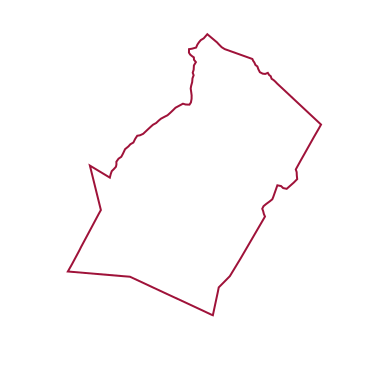 the district of Rio do Antônio, Bahia, Brazil, rotated 40°
{"feature_id": "56859067B81467774065144", "entity_name": "Rio do Antônio", "entity_type": "district", "adm_level": 2, "iso_a3": "BRA", "parent_name": "Brazil", "parent_adm1": "Bahia", "projection": "equal_earth", "projection_center": [-42.128, -14.325], "detail": "fine", "context": "isolated", "style": "outline", "palette": "rose", "viewbox_px": 384, "rotation_deg": 40, "n_neighbors": 0, "source": "geoboundaries", "source_scale": "gbopen_adm2", "svg_char_len": 1640}
<svg xmlns="http://www.w3.org/2000/svg" viewBox="0 0 384 384"><g transform="rotate(40 192 192)"><path d="M247.5,57.4L187.6,54.2L185.0,53.9L182.5,53.8L180.2,54.1L177.9,52.7L175.9,52.8L173.5,52.0L172.2,54.5L170.1,55.9L167.0,56.6L163.9,55.3L161.4,53.8L158.9,53.9L156.5,52.7L154.6,52.2L152.7,51.3L125.2,61.5L121.7,62.0L119.3,61.8L117.2,61.6L115.0,61.3L112.2,61.3L107.9,61.3L104.9,61.3L102.3,61.3L102.2,66.8L101.1,70.0L101.1,72.9L101.4,75.7L102.3,78.7L99.9,82.2L97.9,84.5L100.1,87.2L102.2,87.9L104.6,87.9L106.9,87.7L108.5,89.4L111.5,90.0L112.1,93.8L114.7,97.3L115.9,100.2L118.2,101.5L119.3,104.6L121.5,107.7L123.1,111.2L124.5,113.6L127.2,116.0L129.6,118.2L131.8,120.9L133.6,124.1L133.9,126.7L131.0,129.0L128.3,130.2L126.6,134.5L125.2,138.0L124.9,141.3L124.4,145.7L123.9,149.0L122.7,151.8L121.1,155.8L120.6,158.6L120.2,162.2L118.9,165.5L118.5,168.1L118.0,172.0L117.6,175.4L117.2,178.8L115.7,182.0L113.9,184.1L114.3,187.7L115.3,191.8L114.1,195.0L114.0,198.0L113.2,202.2L114.5,207.1L115.2,210.5L114.3,213.7L114.6,217.4L116.5,219.6L117.5,221.6L117.4,224.8L117.1,227.6L118.3,230.7L119.8,233.8L96.8,237.4L133.8,264.4L134.5,268.1L139.0,289.4L142.4,305.6L143.0,308.0L143.7,311.2L146.5,324.6L148.0,332.7L193.3,300.8L198.9,296.8L238.4,286.2L276.2,276.0L285.4,273.6L287.2,273.0L275.9,251.7L273.8,247.9L275.1,232.2L271.9,211.4L263.7,163.9L261.1,162.6L258.8,160.9L256.6,159.7L255.9,156.9L256.5,153.6L257.5,149.5L258.2,146.0L257.5,143.7L253.1,132.0L256.4,130.2L259.3,130.4L262.5,128.7L263.9,119.4L264.3,114.5L261.7,112.0L259.4,109.5L257.0,108.0L255.0,97.9L253.6,90.3L250.1,71.8L248.2,61.0L247.5,57.4Z" fill="none" stroke="#9f1239" stroke-width="2"/></g></svg>